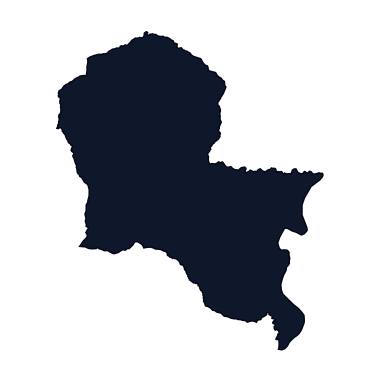 outline of San Juan De Rio Seco, Cundinamarca, Colombia, rotated 177°
{"feature_id": "7082276B56983029747572", "entity_name": "San Juan De Rio Seco", "entity_type": "district", "adm_level": 2, "iso_a3": "COL", "parent_name": "Colombia", "parent_adm1": "Cundinamarca", "projection": "orthographic", "projection_center": [-74.668, 4.851], "detail": "fine", "context": "isolated", "style": "filled", "palette": "ink", "viewbox_px": 384, "rotation_deg": 177, "n_neighbors": 0, "source": "geoboundaries", "source_scale": "gbopen_adm2", "svg_char_len": 6015}
<svg xmlns="http://www.w3.org/2000/svg" viewBox="0 0 384 384"><g transform="rotate(177 192 192)"><path d="M289.4,330.6L289.1,327.5L290.3,322.4L290.4,318.9L291.5,313.7L292.0,313.2L293.5,314.0L296.1,313.8L296.9,313.3L297.6,313.7L299.2,312.5L300.7,312.3L301.0,311.7L302.7,311.3L305.9,308.6L307.7,308.3L310.6,306.3L312.1,305.9L314.5,304.3L316.5,301.5L319.4,300.0L320.3,297.6L319.8,296.8L320.3,295.5L320.3,294.1L319.8,293.8L319.1,294.0L318.6,292.0L318.6,291.2L319.0,290.5L318.9,289.7L319.3,289.1L319.0,288.2L319.2,287.4L318.3,286.1L318.8,283.9L318.5,281.3L318.8,278.4L320.2,276.1L320.7,275.9L320.4,275.6L320.8,275.4L321.3,274.1L320.8,272.8L320.8,270.5L321.5,269.3L321.5,267.2L322.5,266.0L322.5,264.8L323.6,262.7L322.2,262.3L321.4,263.0L320.2,263.1L319.5,263.0L319.1,262.5L318.2,260.4L318.2,259.1L317.4,258.7L316.9,257.3L315.5,255.6L315.2,253.9L314.2,251.2L313.3,250.1L312.8,247.8L311.1,246.6L310.5,245.2L309.1,244.9L309.0,244.0L310.5,240.0L310.1,239.1L308.2,237.4L307.9,236.3L307.9,235.8L308.9,235.0L309.1,233.9L307.9,231.4L307.0,227.1L306.6,226.4L306.5,225.6L305.6,224.8L306.2,222.8L305.8,221.6L305.4,217.1L303.8,215.2L303.3,213.6L301.2,212.0L298.9,207.4L296.5,205.7L295.4,204.1L294.5,199.5L294.9,193.6L296.5,188.5L296.5,187.4L298.3,184.5L298.6,178.9L300.0,175.5L299.2,171.0L300.0,168.9L299.7,166.9L299.1,165.8L299.5,163.3L297.9,162.3L297.2,161.1L298.7,159.4L300.1,157.0L298.9,155.0L298.9,153.4L299.3,152.2L303.0,148.9L307.0,143.6L301.3,142.8L298.4,141.2L295.8,140.6L291.0,140.5L289.6,141.4L288.9,141.2L287.6,140.2L284.4,139.1L282.7,138.0L279.8,138.0L278.8,137.7L276.8,136.3L275.9,136.0L274.8,135.0L273.0,134.5L268.9,135.4L264.4,138.1L261.6,137.4L259.6,138.9L257.7,138.8L253.7,142.4L251.9,145.2L248.9,145.3L244.9,142.4L244.1,141.5L243.0,138.7L239.4,139.2L236.0,139.1L232.8,137.9L231.8,137.1L226.3,136.3L223.2,134.5L221.5,134.1L220.1,132.8L219.8,130.0L218.7,129.5L217.7,128.3L215.8,127.6L214.8,126.7L213.7,127.1L212.4,126.3L211.2,126.1L208.9,124.1L207.8,122.1L207.3,120.3L204.7,119.3L203.7,117.1L203.4,114.9L202.3,113.6L201.5,110.6L200.3,109.4L200.6,108.0L199.7,107.0L199.8,106.0L199.1,105.5L199.1,104.5L195.1,101.1L194.1,101.1L192.9,100.5L192.2,100.6L190.8,100.0L190.8,98.2L189.5,97.6L189.3,95.6L188.3,93.2L187.0,92.6L187.0,91.5L186.3,90.5L186.4,88.2L185.8,86.8L186.3,85.5L185.6,83.8L186.1,83.0L186.1,82.1L185.3,80.9L184.6,78.2L184.3,77.5L182.0,76.8L179.3,75.0L177.7,72.9L175.5,72.5L173.7,70.9L169.2,69.5L166.5,66.4L163.2,65.7L161.2,64.9L159.9,64.0L156.5,63.2L154.6,63.2L152.7,62.3L150.5,62.1L147.8,61.1L146.0,61.0L145.0,60.5L143.9,59.3L143.1,59.2L142.1,59.8L140.9,59.7L139.2,60.2L136.6,59.7L134.5,58.6L133.2,60.6L130.0,61.1L128.8,63.2L126.9,63.8L124.1,65.4L123.5,67.7L121.8,67.6L121.2,66.5L121.5,65.6L119.7,64.7L118.2,63.4L118.1,62.7L118.8,62.0L118.8,61.6L116.1,60.8L115.2,59.9L115.3,59.2L116.9,59.1L118.1,57.7L118.0,56.6L116.3,55.8L115.7,55.1L116.0,54.1L117.0,53.2L116.9,51.2L116.1,49.7L115.1,50.3L113.7,49.9L112.2,47.3L112.2,46.6L113.5,45.7L114.0,43.9L115.9,40.8L115.6,40.4L114.6,40.1L113.4,40.9L113.0,40.4L112.9,36.4L113.3,31.9L113.9,30.5L110.6,29.7L107.6,30.7L104.9,33.2L102.8,36.8L101.4,38.2L97.4,41.6L94.4,43.4L92.1,45.6L89.8,48.9L87.0,55.4L86.6,57.8L86.7,62.9L88.7,66.2L92.0,70.2L96.9,74.5L106.5,85.0L108.0,89.3L108.2,95.0L106.5,100.4L105.1,103.9L102.3,108.7L101.6,112.0L99.2,114.4L98.6,115.6L98.6,117.6L97.9,120.8L98.5,124.1L98.3,126.8L99.8,128.7L102.2,129.3L106.0,129.2L107.8,131.1L108.9,135.5L108.9,137.2L107.0,142.0L102.0,150.2L100.8,151.1L98.4,150.7L93.8,147.8L90.0,146.4L85.0,143.4L81.9,144.6L79.1,147.5L79.1,149.7L79.7,151.9L83.4,163.3L82.8,173.3L80.1,180.1L72.9,191.2L63.9,197.3L61.3,199.9L60.5,201.4L60.4,202.7L60.8,203.8L62.8,203.8L64.2,204.5L67.3,203.6L69.7,203.5L70.7,204.1L71.9,205.9L73.7,206.5L75.1,205.1L75.7,204.9L77.2,205.5L77.9,206.4L78.7,206.5L80.3,204.6L82.3,204.3L85.5,206.2L86.9,209.5L87.7,209.7L89.2,209.5L90.7,208.5L91.7,205.3L96.8,205.1L98.4,206.0L98.8,205.1L99.3,204.9L100.3,205.6L100.8,207.0L101.7,207.7L103.4,207.5L106.3,208.0L107.1,207.8L107.0,209.8L107.4,210.7L108.3,211.3L110.1,211.3L111.4,211.8L112.7,210.5L114.3,210.3L117.9,208.3L120.4,209.2L122.6,211.6L124.9,210.7L126.0,209.0L127.7,209.3L129.5,209.0L132.6,210.7L133.2,210.5L133.9,209.6L137.2,208.3L138.0,210.1L137.0,211.9L136.9,212.8L138.1,214.1L141.2,213.8L142.8,212.8L143.8,211.5L146.8,211.7L148.5,212.3L150.3,213.4L151.8,215.3L154.9,214.7L156.6,215.4L160.0,220.4L162.2,219.7L163.9,220.7L165.9,219.2L168.0,218.8L170.5,219.3L172.3,219.0L173.1,219.2L174.1,222.8L173.7,226.5L174.7,228.9L173.7,230.3L173.7,231.2L172.4,231.4L172.1,232.8L171.1,233.6L171.5,235.7L169.8,237.2L169.3,238.6L167.6,239.5L166.8,240.7L162.6,243.7L161.2,246.0L161.3,247.5L160.6,249.2L161.9,250.9L162.5,252.3L161.5,253.9L161.5,255.1L160.7,257.3L159.1,260.2L160.4,263.5L159.9,265.5L160.2,269.0L159.4,271.6L159.4,273.0L160.3,275.3L160.2,276.1L161.6,277.0L161.7,279.3L161.2,281.0L160.3,281.6L160.1,282.4L158.8,283.7L158.2,285.2L155.7,288.6L152.8,294.7L152.8,295.5L153.5,296.2L153.8,297.2L153.9,300.7L155.5,301.8L157.2,304.3L158.7,305.1L160.8,307.1L162.2,310.0L168.7,312.1L169.6,314.6L169.5,315.3L170.0,317.1L171.5,317.5L173.1,318.9L174.5,320.9L176.0,324.1L176.8,324.8L183.2,327.2L185.3,328.6L186.8,331.0L188.5,331.8L189.2,332.6L191.7,333.4L192.1,333.9L193.5,334.4L195.2,336.6L198.6,336.0L199.6,338.3L199.0,340.4L200.5,341.2L202.2,341.6L202.9,343.9L205.3,345.2L205.9,346.0L208.4,347.6L211.7,348.0L212.4,348.8L213.9,349.1L215.2,348.3L215.9,349.2L217.5,349.3L219.9,351.2L221.2,351.2L222.9,351.9L226.1,351.6L226.6,351.0L228.0,350.7L228.8,352.2L227.9,353.3L228.7,354.3L229.6,354.3L231.2,353.2L231.7,350.3L232.8,348.9L234.5,348.6L236.4,349.1L236.9,348.6L237.7,348.7L238.9,348.3L240.4,348.7L244.4,346.3L245.3,345.0L248.7,342.0L249.5,341.7L250.6,342.3L251.6,342.2L252.2,341.7L253.6,341.2L254.8,341.7L256.0,341.2L256.3,340.2L257.0,339.7L257.9,339.5L260.0,339.7L261.3,339.0L263.7,338.8L268.2,336.5L268.6,335.5L269.4,335.0L272.2,334.5L273.9,334.6L275.3,333.9L277.0,334.4L281.9,333.6L287.0,332.0L289.4,330.6Z" fill="#0f172a" stroke="#020617" stroke-width="1.5"/></g></svg>